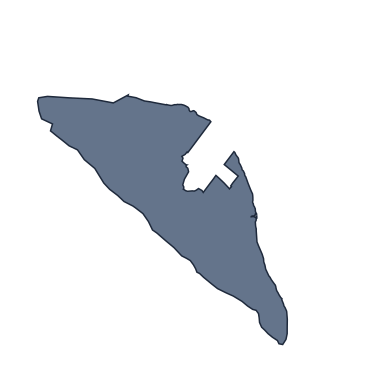 'Eua Prope, Eua, Tonga, rotated 137°
{"feature_id": "48082658B54870744689581", "entity_name": "'Eua Prope", "entity_type": "district", "adm_level": 2, "iso_a3": "TON", "parent_name": "Tonga", "parent_adm1": "Eua", "projection": "natural_earth1", "projection_center": [-174.946, -21.37], "detail": "fine", "context": "isolated", "style": "filled", "palette": "slate", "viewbox_px": 384, "rotation_deg": 137, "n_neighbors": 0, "source": "geoboundaries", "source_scale": "gbopen_adm2", "svg_char_len": 3401}
<svg xmlns="http://www.w3.org/2000/svg" viewBox="0 0 384 384"><g transform="rotate(137 192 192)"><path d="M133.8,192.9L149.7,190.1L148.5,181.1L147.3,172.1L156.1,170.8L159.5,170.0L159.5,169.0L162.5,168.8L162.4,169.4L162.4,172.4L162.4,175.4L162.4,176.8L162.8,183.6L163.2,187.8L164.9,187.5L167.1,187.0L171.1,186.3L171.3,186.3L184.1,184.0L183.7,186.3L184.2,188.0L184.9,190.1L187.6,190.4L189.7,191.1L191.0,192.6L194.7,195.5L195.7,197.2L196.4,200.0L195.7,200.1L194.5,201.4L193.9,203.5L188.9,206.5L180.7,209.1L178.9,212.2L179.1,214.4L178.2,215.5L177.3,215.3L177.8,216.0L178.1,218.3L178.3,221.3L175.5,222.9L175.1,225.0L172.0,224.3L171.4,224.2L168.3,224.6L168.2,223.7L161.8,224.8L130.3,230.5L130.2,232.6L130.5,233.0L131.4,234.2L132.5,237.3L132.9,238.4L133.9,240.5L135.1,243.2L135.6,245.3L134.8,247.4L135.1,249.9L135.4,250.4L136.1,250.8L137.1,251.1L138.2,251.8L138.5,252.4L138.2,253.9L137.4,255.0L137.2,256.1L137.2,256.9L138.0,259.4L138.7,261.1L140.1,263.3L142.1,265.1L143.1,266.2L143.6,266.3L145.4,267.9L147.7,269.0L148.8,270.1L150.6,272.6L150.9,273.3L151.4,273.3L156.2,279.8L158.5,282.9L160.7,286.0L164.7,291.0L168.6,299.1L173.6,305.9L172.5,306.5L188.8,310.8L201.6,328.2L217.3,344.3L232.5,360.5L239.8,365.4L243.1,363.6L248.7,355.5L252.1,348.1L247.6,336.9L253.8,333.2L252.6,324.5L251.5,317.7L250.4,309.6L247.0,300.9L248.7,289.1L247.0,275.5L250.4,258.7L250.4,250.1L248.7,240.1L248.2,231.4L244.8,222.1L244.2,219.3L242.6,209.7L244.0,200.1L246.8,191.1L245.7,186.2L244.5,174.7L243.1,163.5L243.1,160.1L243.1,152.3L241.2,147.1L240.0,143.0L240.6,137.8L241.7,133.4L243.1,130.0L242.0,127.2L241.7,121.6L240.3,111.1L239.2,103.9L235.8,94.9L232.8,87.8L230.0,77.9L229.1,70.7L227.7,64.8L225.8,61.7L226.3,57.7L228.6,54.3L231.6,50.5L233.3,45.6L233.0,41.5L233.0,36.6L232.2,30.7L230.8,25.1L231.9,21.7L229.7,18.6L223.8,20.1L219.0,23.5L214.4,28.4L209.2,33.8L204.5,39.7L204.0,40.5L202.8,44.0L202.4,46.1L201.5,47.6L201.0,48.9L199.8,52.0L199.0,52.5L199.0,53.3L199.1,54.2L198.4,57.8L197.8,59.7L197.6,61.0L197.2,62.4L196.1,64.4L195.3,65.6L194.6,67.0L194.4,69.2L193.8,73.8L193.1,76.4L193.0,78.3L190.7,85.4L188.6,88.7L187.2,91.9L185.1,94.5L183.1,98.7L180.0,107.4L178.5,111.2L171.5,119.8L170.6,120.8L170.3,121.0L170.0,121.5L169.1,123.1L168.4,124.1L166.1,126.9L164.5,127.5L164.0,127.9L163.4,128.6L163.3,128.8L162.5,128.6L162.3,128.7L162.0,129.1L161.7,129.7L161.4,130.0L161.2,130.0L161.0,130.3L161.4,130.2L161.6,130.2L161.7,130.3L162.1,129.7L163.1,130.5L163.2,130.8L163.3,131.0L163.4,131.5L163.4,131.9L163.4,132.0L163.6,132.0L163.7,132.3L163.8,132.4L164.1,132.4L164.1,132.5L164.3,132.6L164.6,132.9L165.2,133.2L165.6,133.5L165.4,133.7L164.9,133.6L164.1,133.2L163.5,132.5L161.9,132.0L161.7,132.2L161.3,132.2L161.0,132.4L160.6,132.7L160.5,132.8L160.0,132.7L160.1,132.0L159.7,131.9L159.4,133.0L159.3,133.6L159.1,133.9L159.0,134.3L158.6,134.8L158.4,135.1L158.0,135.6L157.4,136.3L157.1,136.8L157.0,137.2L156.9,137.4L156.8,137.7L156.5,138.4L156.4,138.9L156.2,140.0L155.9,140.6L155.3,141.4L155.0,142.4L154.8,143.0L154.0,143.8L153.1,144.4L152.4,145.2L151.3,146.4L150.0,148.0L149.0,149.4L148.3,151.6L147.5,153.9L145.0,160.3L142.7,165.6L142.3,166.6L142.2,167.8L141.6,168.9L140.9,169.7L140.7,170.6L140.4,171.4L140.1,172.3L140.2,174.1L139.2,175.6L138.8,176.9L138.1,178.9L137.6,181.4L136.5,182.9L136.1,183.4L135.3,184.6L134.9,185.7L134.8,187.2L134.6,188.7L134.6,189.1L133.7,191.7L133.8,192.9Z" fill="#64748b" stroke="#1e293b" stroke-width="1.5"/></g></svg>